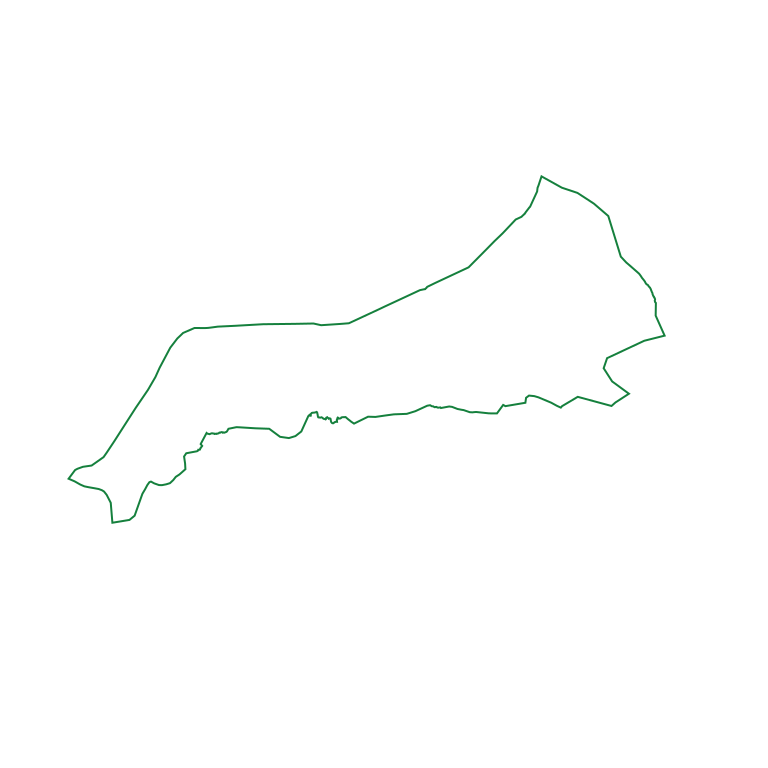 Arewa Dandi, Kebbi, Nigeria (orthographic projection), rotated 34°
{"feature_id": "59680162B65662189989638", "entity_name": "Arewa Dandi", "entity_type": "district", "adm_level": 2, "iso_a3": "NGA", "parent_name": "Nigeria", "parent_adm1": "Kebbi", "projection": "orthographic", "projection_center": [4.072, 12.682], "detail": "fine", "context": "isolated", "style": "outline", "palette": "green", "viewbox_px": 768, "rotation_deg": 34, "n_neighbors": 0, "source": "geoboundaries", "source_scale": "gbopen_adm2", "svg_char_len": 4413}
<svg xmlns="http://www.w3.org/2000/svg" viewBox="0 0 768 768"><g transform="rotate(34 384 384)"><path d="M589.6,187.0L571.0,175.4L564.1,164.8L563.6,164.6L563.2,164.6L562.5,164.1L562.1,163.7L561.8,163.4L561.7,162.9L561.5,162.4L561.2,162.0L560.8,161.8L560.5,161.7L560.2,161.4L560.0,161.2L559.4,161.1L559.0,160.7L558.5,160.7L558.2,160.4L557.5,160.1L557.1,159.8L556.5,159.4L556.2,159.1L555.8,158.6L555.3,158.3L554.5,157.9L553.7,157.3L552.9,156.8L552.2,156.2L551.5,155.9L550.7,155.4L549.7,155.2L548.7,155.0L548.1,154.6L547.5,154.4L547.1,154.4L546.4,154.5L546.1,154.4L545.9,154.4L545.6,154.4L545.1,154.3L544.5,154.0L543.8,153.7L543.1,153.2L542.2,152.9L541.4,152.6L538.1,151.6L537.4,151.2L536.1,150.7L535.0,150.3L534.4,150.1L533.8,149.9L523.7,148.6L516.9,147.8L509.1,146.0L476.0,119.3L457.2,117.1L437.5,117.4L421.7,121.8L398.5,123.8L401.1,133.1L401.6,135.5L403.3,138.8L405.9,154.8L406.0,155.4L405.8,156.1L405.5,161.2L405.4,162.3L405.5,162.9L405.4,163.2L405.4,163.7L405.5,163.9L405.5,164.1L405.4,164.2L405.4,164.4L405.3,164.6L405.2,164.9L405.2,165.3L405.1,165.8L404.8,166.8L404.5,168.5L401.2,174.0L398.1,192.7L395.7,203.8L394.8,208.7L392.2,222.6L388.9,239.9L388.7,240.3L369.9,271.7L365.5,279.3L365.4,280.9L365.3,281.1L365.2,281.2L365.1,281.8L365.1,282.3L364.8,282.6L364.7,282.6L361.3,286.1L358.9,290.1L355.9,295.1L345.3,312.7L341.2,319.5L338.2,324.6L333.2,332.9L320.9,353.3L314.1,358.7L307.4,363.9L299.0,370.4L291.7,373.3L276.3,384.1L250.4,402.0L227.5,419.4L214.1,429.4L210.3,432.8L207.0,435.7L204.1,437.9L195.6,443.5L188.9,454.0L188.1,457.8L187.2,461.8L186.5,473.4L188.9,496.0L190.6,506.0L191.6,520.9L191.5,542.5L192.0,565.2L192.4,582.0L192.5,595.8L192.4,601.4L187.2,615.1L180.7,621.0L177.4,625.5L177.1,626.0L176.0,628.1L175.5,638.9L182.0,637.7L188.4,637.2L192.8,636.4L196.7,634.8L202.3,632.3L206.2,630.6L209.5,629.8L212.0,629.7L216.1,631.0L223.9,635.3L236.4,650.9L249.0,639.0L250.9,632.6L245.1,610.1L244.8,604.9L244.3,600.1L244.4,596.6L245.4,595.2L249.0,594.9L254.0,593.6L256.5,592.0L259.5,589.0L262.0,585.9L263.0,581.5L263.3,577.4L265.0,573.4L267.0,565.7L263.6,561.2L258.8,555.9L258.8,552.0L266.5,544.4L267.0,543.5L267.0,543.1L266.8,542.4L267.3,542.1L267.7,541.6L268.0,541.5L268.1,541.2L268.0,540.9L267.8,540.6L267.8,540.2L267.7,539.8L267.7,539.5L267.7,539.2L267.9,539.0L267.9,538.7L267.8,538.2L267.8,537.8L267.9,537.3L267.9,537.0L265.6,536.3L264.3,523.8L265.1,523.9L265.7,523.8L266.4,523.5L267.5,523.1L268.4,521.6L268.9,521.1L269.4,520.8L270.1,520.6L270.7,520.1L271.1,520.2L271.5,520.2L272.0,519.7L272.4,519.2L273.1,519.0L273.3,518.4L273.8,518.2L274.5,517.3L274.7,516.3L275.4,516.0L276.0,514.9L276.9,514.4L277.7,514.5L278.0,513.9L278.9,513.6L280.2,511.7L280.3,510.7L280.1,508.1L285.8,502.3L288.1,500.9L302.2,492.6L313.9,485.3L327.4,485.9L335.4,482.0L339.7,476.7L342.0,469.6L339.2,453.0L339.5,451.4L340.0,451.4L340.6,451.6L341.0,451.2L340.6,450.6L340.0,450.0L340.2,449.2L340.3,448.4L341.1,447.5L341.9,447.0L342.6,446.3L343.2,445.7L343.6,444.9L344.4,444.9L345.2,445.7L346.1,446.5L346.7,447.2L347.4,447.9L347.9,448.3L348.3,448.4L348.7,448.0L349.7,447.7L350.3,447.2L350.7,446.6L351.8,446.4L352.7,446.6L353.5,446.6L354.2,446.2L354.8,446.1L355.4,446.0L355.5,445.6L355.3,445.0L355.3,444.5L355.0,444.2L355.5,443.3L356.1,443.5L356.9,443.4L357.6,443.7L358.2,442.8L359.0,442.7L359.6,443.2L360.3,444.0L361.1,444.7L361.6,445.1L362.3,445.3L362.9,445.4L363.5,445.2L364.0,444.8L364.2,444.0L364.4,443.2L364.8,442.9L365.1,442.4L365.5,442.0L366.2,441.6L365.6,440.9L365.0,440.3L364.9,439.9L365.2,439.4L365.1,438.9L364.7,438.8L364.7,438.2L364.4,438.0L364.4,437.7L364.9,437.6L365.7,437.8L366.1,437.7L366.8,437.3L367.4,436.3L367.4,435.5L368.2,434.7L369.3,433.9L369.8,433.6L370.4,433.0L371.1,432.9L371.9,433.1L372.4,433.1L374.0,433.3L375.8,433.4L377.8,433.6L381.3,433.6L389.1,420.0L395.3,416.1L402.9,409.2L409.2,403.6L419.6,396.0L425.2,389.0L432.0,377.8L434.1,375.8L436.1,375.7L437.3,375.0L438.4,375.0L439.2,374.8L439.5,374.3L440.4,373.6L441.3,373.7L442.3,373.2L443.8,371.9L444.6,372.1L450.6,366.2L453.2,364.9L458.9,363.6L462.7,362.0L464.6,361.1L470.9,359.4L473.4,357.9L474.0,357.3L476.0,355.7L487.5,349.6L494.1,345.2L494.5,334.7L495.3,334.6L497.0,334.5L511.7,320.5L509.5,316.0L510.7,312.5L515.4,310.0L519.5,308.7L533.1,306.0L539.6,305.4L543.8,304.7L544.0,302.8L551.8,286.3L584.9,275.0L586.2,269.9L592.5,255.1L571.7,254.3L557.3,248.1L554.5,237.8L563.8,222.3L575.6,202.6L589.6,187.0Z" fill="none" stroke="#15803d" stroke-width="2"/></g></svg>